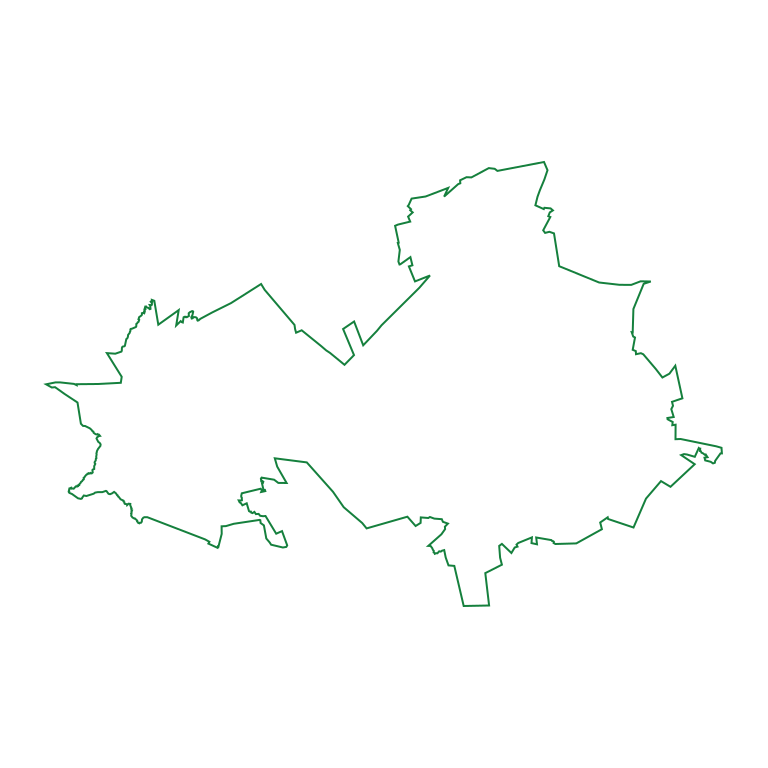 the district of Canatlán, Durango, Mexico
{"feature_id": "50627088B7187015857407", "entity_name": "Canatlán", "entity_type": "district", "adm_level": 2, "iso_a3": "MEX", "parent_name": "Mexico", "parent_adm1": "Durango", "projection": "orthographic", "projection_center": [-105.2, 24.53], "detail": "fine", "context": "isolated", "style": "outline", "palette": "green", "viewbox_px": 768, "rotation_deg": 0, "n_neighbors": 0, "source": "geoboundaries", "source_scale": "gbopen_adm2", "svg_char_len": 6034}
<svg xmlns="http://www.w3.org/2000/svg" viewBox="0 0 768 768"><path d="M200.4,318.8L198.6,320.4L197.6,320.6L197.2,319.9L197.2,318.5L196.3,317.5L195.4,317.2L193.6,317.1L192.6,318.3L191.7,318.5L191.3,317.2L192.4,315.2L193.2,311.7L192.8,311.2L192.1,311.1L189.7,312.3L188.7,313.3L188.9,316.0L187.0,317.1L186.0,316.8L185.8,317.2L184.5,316.8L183.6,317.3L182.8,322.5L181.7,322.1L180.7,321.1L176.2,325.5L178.7,310.1L158.3,324.7L154.3,300.8L151.9,299.9L152.1,301.5L151.0,301.4L150.7,301.7L151.9,302.9L151.9,304.5L151.6,305.1L149.7,305.0L150.3,306.2L150.5,308.9L149.8,309.2L148.2,307.8L146.5,307.4L146.2,306.5L145.3,306.5L144.9,307.8L144.9,308.5L145.4,309.3L145.1,309.6L144.4,309.6L144.5,310.5L144.2,311.1L144.8,311.4L144.8,311.7L144.5,312.0L144.4,312.9L144.2,313.3L143.4,312.8L141.9,313.2L141.9,314.8L141.4,315.5L139.1,317.2L138.5,319.3L139.2,319.6L139.2,319.9L138.5,321.9L137.7,322.3L137.2,323.3L136.3,324.0L136.3,326.2L135.9,327.0L132.0,328.7L130.8,328.9L130.4,329.3L130.4,331.0L129.9,331.7L129.8,332.7L128.1,334.9L127.9,336.8L127.3,338.3L126.3,339.1L124.9,345.8L124.3,346.3L122.7,346.6L122.2,347.1L121.9,348.0L121.8,350.7L121.4,351.6L115.3,353.7L106.9,353.1L121.7,376.8L120.8,382.8L98.0,384.0L76.6,384.2L76.7,385.2L74.0,383.9L60.1,382.4L55.5,382.4L46.1,384.3L51.8,387.5L55.1,387.2L64.5,393.9L77.5,402.5L80.9,423.7L83.0,425.9L85.1,426.0L89.8,428.3L91.5,429.8L92.3,431.0L93.4,431.6L93.5,432.6L93.9,433.0L95.6,434.2L97.0,434.5L97.7,434.1L98.5,435.1L99.1,434.8L100.0,435.9L98.9,436.1L97.1,437.3L96.5,438.5L98.3,441.9L99.6,442.8L100.6,444.3L100.4,445.9L98.0,449.0L96.9,451.2L96.7,452.7L96.4,453.2L96.6,454.5L96.2,456.7L96.4,458.2L95.9,458.6L95.7,460.5L94.7,462.0L94.6,462.8L95.3,463.9L94.2,466.1L94.2,469.0L92.7,469.6L92.4,470.1L92.7,472.5L91.7,473.4L90.4,472.9L89.8,473.6L88.6,473.2L88.2,473.8L87.5,473.7L87.1,474.4L86.4,474.7L84.6,476.8L84.5,477.3L83.6,478.0L83.9,479.0L83.4,479.7L82.9,479.9L82.0,481.3L81.1,481.8L80.6,482.9L79.5,484.0L79.3,485.0L78.5,485.0L78.2,486.1L77.2,486.5L77.0,486.2L76.8,486.5L75.8,486.4L73.7,488.7L71.5,488.4L71.3,487.7L70.7,487.9L70.8,488.6L69.4,488.5L68.9,490.7L69.2,491.1L68.7,491.5L68.8,492.1L69.4,492.9L72.0,494.0L78.0,498.3L80.9,498.9L82.0,498.4L82.2,497.7L83.8,495.5L86.4,496.0L93.7,493.7L95.1,492.6L98.0,492.1L102.4,492.1L105.9,490.9L106.5,491.1L108.5,493.8L110.0,494.2L112.0,493.4L114.1,491.9L116.0,493.4L117.1,495.2L117.5,495.2L118.2,496.6L118.6,496.7L120.6,499.3L123.6,500.7L123.5,501.5L124.4,502.2L124.5,503.5L124.9,503.9L126.9,504.2L127.1,505.1L128.5,503.7L130.3,503.9L130.2,505.1L131.5,508.2L131.2,508.3L131.5,510.1L132.0,510.3L131.6,511.1L131.7,511.5L131.4,511.9L131.6,513.0L131.1,513.5L131.4,514.3L131.2,515.8L132.5,517.5L134.4,518.6L134.8,518.4L136.9,520.3L137.3,520.9L137.1,521.5L137.8,522.1L138.2,522.9L139.4,523.3L139.7,522.8L140.9,522.8L141.8,521.7L142.0,519.4L143.3,517.7L144.4,517.2L147.3,517.2L205.1,539.4L209.4,541.8L208.4,543.6L217.5,547.8L217.8,546.5L218.4,546.8L221.7,533.9L221.6,526.3L225.9,526.1L233.7,523.8L259.6,519.9L260.3,520.2L260.6,523.0L263.9,525.4L266.3,538.5L269.7,542.5L271.1,544.7L282.9,547.5L286.3,546.9L287.2,545.4L282.0,531.1L276.2,533.7L265.5,516.0L263.1,516.2L260.2,515.8L258.6,513.9L255.9,514.1L254.4,511.9L252.5,513.1L251.2,512.6L250.9,511.6L249.7,511.6L249.0,511.1L246.7,503.3L242.4,505.3L241.0,503.2L239.6,502.3L238.7,500.4L241.2,500.5L241.9,500.3L241.8,497.6L241.3,496.9L241.2,495.9L241.8,493.3L260.7,488.7L261.9,490.3L261.2,492.0L265.3,491.1L264.9,489.9L263.5,489.9L262.0,483.4L262.8,483.2L263.3,481.7L262.6,481.2L262.3,481.7L261.4,481.4L261.6,480.7L261.2,480.6L260.9,478.9L261.5,478.4L261.3,478.1L261.5,477.9L260.9,477.5L274.1,479.7L278.3,482.9L286.6,483.0L277.2,466.6L274.8,458.3L306.8,462.4L333.0,491.8L343.7,507.2L362.2,523.0L366.6,528.4L407.4,516.7L415.6,526.0L420.6,522.9L420.8,517.4L428.3,518.0L429.9,517.0L434.3,518.6L441.8,519.2L442.9,521.8L447.9,523.6L444.9,526.7L445.1,529.1L441.4,534.3L428.3,545.9L430.6,546.0L432.2,548.1L432.9,549.8L433.8,550.9L433.6,552.4L434.5,552.9L434.8,553.8L436.2,553.2L437.4,553.3L439.2,551.3L440.8,551.6L442.0,550.7L444.2,550.1L445.7,557.5L448.5,565.4L454.3,565.9L463.7,606.0L489.1,605.5L485.3,573.1L501.9,564.7L500.1,557.7L499.2,545.9L501.9,543.9L511.4,553.0L514.7,547.5L517.5,546.6L516.5,544.6L518.2,543.0L531.9,537.4L531.5,543.1L537.0,544.3L536.2,537.5L551.4,540.1L552.0,540.9L553.4,541.3L553.9,541.9L553.6,543.0L555.4,544.0L576.3,543.4L601.9,529.2L600.2,522.5L607.7,517.3L608.1,519.0L633.5,527.5L646.0,498.6L661.0,481.1L670.5,486.8L694.7,464.2L681.2,455.1L684.0,454.1L684.7,454.2L687.0,454.5L694.8,456.8L698.8,448.0L699.6,448.7L700.2,448.7L700.0,451.0L700.8,451.2L701.5,452.7L702.8,453.2L705.3,455.1L705.8,454.6L707.5,457.2L704.5,457.7L705.2,460.4L710.7,461.8L713.0,463.4L714.8,462.8L715.2,460.8L720.5,453.4L721.9,453.4L721.5,447.8L716.2,446.3L680.6,439.0L675.5,439.2L675.6,424.7L672.3,425.2L672.7,422.0L667.6,419.3L667.4,418.0L673.7,417.0L671.3,409.1L673.0,405.8L672.0,401.8L682.4,398.3L675.3,365.7L669.4,373.7L662.4,377.5L655.8,369.0L643.3,354.3L640.9,353.2L636.0,354.2L635.8,351.1L632.7,349.8L635.0,337.5L633.2,336.5L631.7,332.2L632.7,332.4L633.4,309.0L643.7,283.8L650.8,281.5L640.6,281.3L631.2,284.9L619.4,284.8L599.1,282.5L559.2,266.2L554.0,233.4L549.4,231.8L545.1,232.9L543.2,230.3L550.3,217.0L548.3,216.2L549.8,212.4L552.9,210.4L550.6,208.4L544.4,207.8L543.8,209.1L535.4,205.3L537.5,196.8L539.9,190.2L544.4,179.4L547.5,170.2L544.0,162.0L497.4,170.9L494.7,168.8L488.8,168.1L471.4,177.4L466.5,177.2L460.1,180.3L460.3,183.3L458.2,184.1L444.1,196.6L448.2,187.9L425.6,196.5L411.6,198.6L408.7,205.0L407.8,206.1L411.0,209.2L410.2,210.2L412.7,212.4L408.1,216.6L410.2,221.6L397.9,224.6L395.1,225.8L398.7,242.7L397.8,242.9L399.8,249.9L398.4,261.5L399.5,264.5L400.3,264.3L410.4,257.1L412.4,265.3L408.9,266.4L415.0,281.4L430.0,275.5L419.3,287.8L381.5,325.3L377.0,330.8L363.2,345.3L354.1,321.5L343.1,329.0L354.0,355.1L344.5,364.8L330.0,352.9L326.2,350.4L321.2,346.1L301.7,330.3L296.1,332.7L295.1,329.1L294.5,324.9L264.7,289.9L261.1,284.0L231.0,303.1L212.3,312.4L200.4,318.8Z" fill="none" stroke="#15803d" stroke-width="2"/></svg>